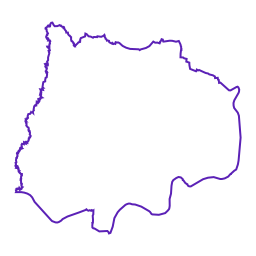 the district of Prasat, Surin, Thailand
{"feature_id": "78962969B37601114893019", "entity_name": "Prasat", "entity_type": "district", "adm_level": 2, "iso_a3": "THA", "parent_name": "Thailand", "parent_adm1": "Surin", "projection": "equal_earth", "projection_center": [103.326, 14.629], "detail": "fine", "context": "isolated", "style": "outline", "palette": "violet", "viewbox_px": 256, "rotation_deg": 0, "n_neighbors": 0, "source": "geoboundaries", "source_scale": "gbopen_adm2", "svg_char_len": 5525}
<svg xmlns="http://www.w3.org/2000/svg" viewBox="0 0 256 256"><path d="M16.1,192.1L21.1,192.1L24.2,192.6L27.4,193.6L30.2,195.2L32.2,197.4L34.6,201.9L51.0,220.0L52.1,221.1L55.5,222.4L57.3,222.5L58.9,222.0L61.2,220.6L62.6,219.1L67.5,216.5L78.6,212.6L85.5,210.0L86.4,209.3L87.3,210.2L88.5,210.7L89.8,210.2L90.9,210.7L91.5,210.2L91.9,210.6L92.3,210.3L93.0,210.8L93.4,210.5L93.3,214.4L92.7,215.7L93.0,219.6L92.9,222.7L92.3,222.9L92.5,224.1L92.3,225.0L92.4,227.5L93.3,228.3L94.5,228.5L99.3,231.4L107.4,231.0L108.5,232.1L109.0,233.4L110.4,232.9L112.7,226.7L114.4,218.1L117.7,212.2L119.9,209.7L125.5,204.8L127.0,204.1L128.6,203.6L130.1,203.6L132.1,204.3L135.1,204.5L141.3,206.6L149.2,211.2L150.1,212.0L151.5,214.0L152.3,214.4L158.9,214.8L165.2,213.1L167.8,210.6L169.1,209.0L169.4,207.9L169.7,205.8L169.6,199.0L171.0,193.7L171.5,185.8L172.2,181.9L173.3,180.1L176.3,178.0L178.5,177.0L180.8,177.4L182.7,179.1L182.8,180.1L183.3,180.2L185.4,183.1L187.1,184.1L187.0,184.3L187.6,184.8L188.0,185.7L188.8,186.2L189.7,186.4L190.8,186.4L203.1,179.2L208.0,177.7L213.7,177.1L220.2,179.0L221.9,179.0L224.7,178.4L228.2,176.6L230.5,174.0L231.0,174.0L231.1,173.6L234.3,170.7L236.2,169.5L237.9,164.4L238.6,160.3L240.6,137.6L238.9,115.8L237.8,112.7L234.2,108.0L233.6,105.7L233.5,103.0L234.3,100.3L238.5,93.0L239.0,91.7L239.2,89.5L238.4,87.4L237.6,86.7L236.5,87.0L230.5,90.4L229.0,90.3L220.4,82.6L219.1,82.9L218.7,79.9L218.0,79.6L217.7,77.8L215.1,78.1L214.9,76.5L212.9,75.3L209.3,74.4L208.1,73.5L205.7,73.0L199.1,70.0L198.3,70.4L196.8,69.6L196.5,70.9L196.1,71.3L190.1,68.9L189.4,65.1L189.3,62.6L186.3,61.6L186.6,58.9L184.1,58.3L183.2,57.5L180.5,57.3L180.6,53.6L181.0,50.3L181.4,50.2L181.4,49.0L181.2,49.0L181.1,46.4L180.8,46.1L180.5,44.5L178.8,41.0L176.0,41.7L172.2,40.8L169.8,40.7L163.6,41.6L163.2,41.5L162.8,39.6L161.6,39.2L160.8,41.1L160.1,41.6L160.1,42.6L159.6,42.8L159.5,43.3L157.4,42.6L155.2,42.7L153.3,41.6L149.4,46.1L145.9,48.0L140.7,49.4L139.7,50.1L138.8,49.3L130.1,48.9L126.1,47.7L122.6,45.9L119.4,43.0L118.0,42.4L117.1,42.6L115.7,42.2L115.3,43.9L114.4,43.6L113.5,44.0L112.4,43.0L112.1,43.7L109.4,42.3L108.8,41.3L108.9,40.8L107.4,40.4L106.9,40.6L106.4,39.3L105.5,38.7L105.4,37.8L104.7,37.0L104.7,35.6L104.4,34.9L103.5,35.8L101.2,36.8L97.4,36.3L97.1,37.1L93.8,37.0L93.0,37.7L90.7,36.6L88.6,36.3L86.6,34.1L85.4,33.6L85.1,36.4L80.8,38.1L80.2,39.5L80.2,41.0L79.7,41.3L79.9,42.0L78.4,42.4L77.3,43.7L76.0,44.7L75.9,45.1L75.1,45.3L75.1,45.6L74.7,45.2L74.3,46.0L73.7,45.3L74.0,43.4L73.2,43.0L73.1,42.3L72.4,41.4L71.7,41.3L71.4,40.9L71.5,40.5L71.1,39.9L71.1,37.5L70.9,37.5L70.7,36.7L70.0,36.2L69.8,35.7L69.2,35.5L68.2,34.4L67.9,32.6L66.6,32.6L66.7,32.3L66.0,31.8L66.0,31.0L64.7,29.5L64.3,28.2L63.8,28.2L63.9,27.1L63.5,26.9L63.1,27.2L63.0,26.9L61.8,26.6L61.0,25.6L60.4,25.8L59.7,25.1L57.4,26.1L54.7,26.2L53.7,25.1L52.4,22.6L51.2,22.8L50.5,23.7L50.0,26.4L49.1,26.6L48.9,26.2L49.1,25.4L48.1,25.5L46.4,27.8L45.7,27.8L45.5,28.7L46.6,29.4L46.7,31.2L48.0,33.5L47.8,33.8L47.4,33.6L46.9,34.7L47.2,35.2L46.2,36.3L46.2,37.3L47.1,38.9L47.6,38.7L47.3,37.5L48.0,38.3L48.5,39.1L48.1,40.5L49.8,40.4L50.3,41.2L49.8,42.0L50.0,43.7L49.4,44.2L49.4,47.3L48.9,46.5L47.2,46.6L47.4,47.1L49.1,48.5L49.9,50.3L49.3,51.1L48.9,50.3L48.5,50.7L48.9,51.4L48.9,52.2L49.4,52.9L48.1,57.4L48.1,60.2L47.1,61.6L47.9,64.1L47.8,65.4L47.1,65.5L46.4,64.9L46.4,63.8L46.2,63.6L45.0,64.0L45.8,65.3L45.3,66.5L45.9,67.6L46.7,67.6L46.9,68.5L46.1,70.8L45.7,71.2L46.3,72.7L47.2,72.2L47.4,72.6L46.9,73.5L47.1,74.4L46.7,77.3L45.6,77.8L45.2,79.8L45.2,81.4L43.4,82.0L43.2,82.6L42.5,87.1L43.1,87.7L42.6,87.7L42.4,88.5L42.1,88.6L42.1,89.2L42.7,89.1L43.0,89.9L40.3,89.4L41.2,91.4L40.9,91.8L40.7,91.8L40.5,92.7L41.0,92.3L41.3,92.6L41.0,94.4L40.4,95.0L41.0,95.2L40.7,96.0L41.3,96.7L41.2,97.1L42.0,97.6L41.1,97.8L40.4,98.9L40.1,98.2L39.8,98.8L38.3,98.9L38.3,99.2L39.1,100.0L38.7,100.3L39.1,101.0L38.6,101.2L39.0,101.8L38.1,102.9L37.6,102.1L37.2,102.3L36.7,101.9L36.5,104.1L35.9,104.8L36.2,105.5L35.2,105.8L34.9,105.5L34.2,106.3L33.6,109.5L33.9,110.2L32.8,111.7L33.0,112.8L32.5,112.3L31.3,112.6L31.0,112.2L30.2,113.8L28.3,114.1L27.6,116.2L28.0,117.9L27.3,118.6L26.8,118.3L26.5,118.4L26.5,119.2L25.8,119.3L26.2,119.9L25.8,121.1L26.2,121.5L25.6,121.5L26.0,122.3L25.9,122.8L26.6,123.8L26.3,125.6L26.9,126.1L27.5,127.1L28.5,127.6L28.8,128.9L28.4,129.9L29.6,130.8L29.7,131.3L29.2,131.1L29.0,131.4L29.9,132.3L30.0,133.2L29.7,134.3L30.7,136.0L30.2,137.1L29.4,137.3L29.5,137.8L29.0,138.1L29.2,138.6L28.6,139.1L28.8,139.8L28.3,141.0L27.4,141.7L27.4,142.9L26.5,142.6L26.5,141.8L25.5,141.8L25.1,142.4L25.4,143.1L24.2,142.4L24.4,143.6L23.9,143.5L23.8,144.1L23.3,143.7L22.4,144.1L22.0,143.9L21.5,144.9L21.9,147.0L21.2,147.7L22.2,148.4L21.0,148.9L21.1,148.6L20.6,148.1L20.4,148.6L20.1,148.4L19.8,149.6L20.0,150.0L19.5,150.9L19.3,150.5L18.7,150.7L18.0,152.2L18.1,153.1L17.1,152.9L16.9,153.4L17.5,155.1L17.3,155.8L17.5,156.1L17.1,156.7L17.0,157.5L16.8,157.5L16.7,158.0L16.3,158.0L16.0,160.4L16.4,162.2L15.6,162.9L15.9,163.2L16.0,164.3L15.4,165.8L15.9,167.0L16.4,167.0L16.6,165.9L17.5,166.1L18.1,167.6L17.5,168.0L18.2,168.0L18.2,169.1L18.7,169.3L18.5,170.1L18.6,171.1L19.4,171.1L19.0,172.0L19.7,172.9L20.1,172.9L20.7,173.9L21.9,174.0L21.9,175.4L21.3,175.7L21.3,176.5L21.0,176.9L21.2,178.6L20.7,178.8L20.6,179.9L21.0,179.9L21.1,183.3L21.6,183.4L21.9,183.8L21.8,184.6L21.4,184.7L21.4,185.4L21.9,187.0L22.5,187.2L21.7,188.1L21.5,188.9L21.0,189.2L21.0,188.6L20.2,188.9L19.4,187.9L19.2,189.0L18.8,188.3L17.2,188.6L17.4,189.0L16.8,189.1L17.1,189.5L15.9,190.2L16.3,191.7L16.1,192.1Z" fill="none" stroke="#5b21b6" stroke-width="2"/></svg>